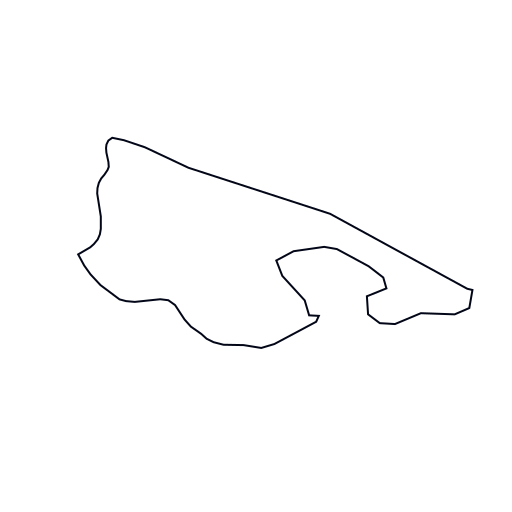 outline of Tunis, rotated 46°
{"feature_id": "TUN-108", "entity_name": "Tunis", "entity_type": "Governorate", "adm_level": 1, "iso_a3": "TUN", "parent_name": "Tunisia", "parent_adm1": "", "projection": "robinson", "projection_center": [10.151, 36.789], "detail": "fine", "context": "isolated", "style": "outline", "palette": "ink", "viewbox_px": 512, "rotation_deg": 46, "n_neighbors": 0, "source": "natural_earth", "source_scale": "10m", "svg_char_len": 920}
<svg xmlns="http://www.w3.org/2000/svg" viewBox="0 0 512 512"><g transform="rotate(46 256 256)"><path d="M430.8,123.9L441.6,138.7L436.0,153.6L411.7,177.1L401.5,203.3L390.3,213.6L375.8,215.9L362.0,204.2L369.9,184.7L359.9,179.4L341.6,182.1L307.2,193.0L296.8,200.6L278.7,225.6L273.3,244.5L288.6,250.9L321.8,251.8L335.6,259.0L342.7,252.4L345.1,258.4L332.1,303.9L325.8,316.1L311.5,326.8L297.3,341.0L288.5,346.4L281.2,349.0L274.0,349.5L261.6,351.9L252.0,351.5L235.1,348.3L226.9,349.8L220.6,354.9L204.8,375.1L198.2,380.8L192.4,384.3L168.9,388.1L154.2,387.8L143.5,386.2L131.3,382.8L134.6,369.2L134.8,364.4L134.1,358.3L132.0,353.3L128.7,348.8L119.8,340.2L100.7,326.8L97.0,322.8L94.2,318.2L92.7,313.5L92.2,308.6L91.0,303.0L89.6,300.0L85.9,296.9L77.7,291.8L74.2,288.9L71.9,286.1L70.4,282.0L71.1,277.3L80.9,270.6L100.6,260.4L145.6,243.3L277.1,173.4L426.3,126.8L430.8,123.9Z" fill="none" stroke="#020617" stroke-width="2"/></g></svg>